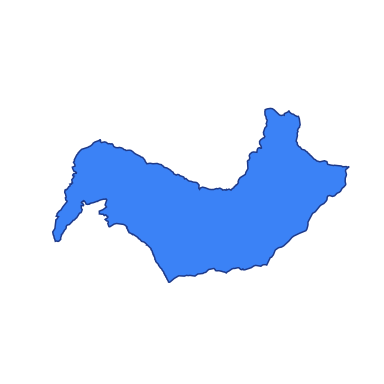 outline of Rucar, Arges, Romania, rotated 131°
{"feature_id": "2599482B65815623674969", "entity_name": "Rucar", "entity_type": "district", "adm_level": 2, "iso_a3": "ROU", "parent_name": "Romania", "parent_adm1": "Arges", "projection": "robinson", "projection_center": [25.127, 45.475], "detail": "fine", "context": "isolated", "style": "filled", "palette": "blue", "viewbox_px": 384, "rotation_deg": 131, "n_neighbors": 0, "source": "geoboundaries", "source_scale": "gbopen_adm2", "svg_char_len": 6025}
<svg xmlns="http://www.w3.org/2000/svg" viewBox="0 0 384 384"><g transform="rotate(131 192 192)"><path d="M313.9,260.0L312.7,261.1L310.2,262.1L309.7,262.7L308.4,262.3L307.0,262.8L305.7,262.8L305.1,263.2L302.5,263.1L301.5,263.5L300.5,264.4L299.4,264.5L298.7,264.4L297.0,263.2L292.3,263.0L291.5,263.2L290.2,262.4L288.1,262.4L287.2,262.1L281.8,263.0L280.6,262.3L279.8,262.3L277.3,263.3L276.9,264.8L274.9,266.7L273.6,265.0L273.2,265.1L272.7,265.5L272.5,266.4L272.6,268.5L271.9,268.7L270.0,268.2L270.4,267.7L269.9,267.4L269.7,267.7L269.4,267.3L269.9,265.3L270.6,264.0L269.8,262.6L268.7,261.7L268.2,261.7L268.1,261.3L267.2,261.3L264.7,259.4L261.4,257.6L261.0,257.0L260.5,257.1L257.9,255.8L255.4,254.0L254.3,252.7L253.8,252.5L253.6,252.1L253.9,251.1L258.8,249.1L259.4,246.7L263.7,247.6L267.3,249.4L269.3,247.5L268.9,247.2L268.4,246.1L267.1,244.5L267.0,243.9L267.4,243.1L267.3,242.7L265.8,242.1L266.1,240.3L265.7,239.6L266.3,238.9L267.1,238.9L269.7,239.6L269.8,237.5L269.2,236.5L269.4,235.7L269.8,235.2L271.0,234.9L272.6,232.0L272.2,231.2L267.2,229.7L265.2,228.2L261.5,222.6L261.0,221.1L261.0,218.2L261.1,217.9L261.9,217.9L262.3,216.8L262.4,215.9L263.3,214.9L263.1,214.2L264.0,212.9L263.4,211.3L263.1,208.8L262.6,208.9L261.9,203.9L261.8,202.7L262.3,202.0L261.9,200.3L262.3,197.7L261.3,195.6L261.1,193.8L261.3,191.5L261.7,191.4L261.3,191.0L261.6,185.8L262.4,185.1L262.3,184.7L262.8,183.0L263.3,182.7L263.8,181.5L264.5,180.7L264.4,180.3L264.8,180.0L264.7,179.5L265.2,179.0L265.7,177.6L266.9,175.9L267.3,175.7L267.5,174.6L268.3,173.6L268.7,169.7L269.2,169.2L270.0,165.9L269.9,164.5L270.5,163.3L271.0,160.7L271.7,160.0L271.7,159.2L272.5,158.3L272.4,157.0L273.2,156.3L273.4,154.8L274.0,154.0L274.7,151.7L275.4,150.6L275.0,149.9L274.2,149.5L268.9,148.7L263.9,147.0L260.5,142.6L258.3,141.3L257.7,140.1L256.3,138.9L253.5,134.6L250.1,133.8L246.3,130.3L245.3,130.1L243.6,128.9L239.6,128.6L235.7,125.6L235.3,125.2L235.4,123.4L235.9,122.8L235.4,121.8L233.7,120.0L232.5,117.8L231.6,115.7L231.1,115.1L230.6,113.0L229.1,113.0L227.5,112.3L223.9,111.4L222.5,110.6L221.7,109.6L219.3,107.9L218.4,106.9L218.5,104.5L217.9,103.3L216.7,103.1L216.9,102.1L216.1,101.1L210.2,97.6L207.2,96.8L205.6,95.8L202.8,91.3L200.9,90.9L199.8,90.2L198.5,88.7L198.1,87.7L190.1,89.9L189.0,89.2L186.0,89.4L181.5,91.0L180.7,91.0L177.2,90.1L174.8,88.3L172.5,87.5L165.4,86.7L160.8,86.8L158.5,86.3L152.9,83.9L146.5,80.7L144.8,80.9L142.2,82.1L140.6,83.0L138.7,84.7L129.1,87.0L126.0,86.0L118.6,86.3L116.9,86.0L114.2,84.9L111.0,84.8L109.3,85.1L107.1,86.6L105.9,86.8L104.3,85.8L103.2,83.1L101.3,81.9L97.7,81.7L95.7,80.7L94.0,80.4L90.7,81.1L88.5,80.7L86.1,80.7L85.2,81.1L83.7,83.2L81.0,85.4L78.3,86.4L77.3,87.1L75.5,89.9L74.5,90.5L73.8,90.7L72.8,90.3L69.7,90.0L71.6,91.3L71.5,92.1L74.3,95.1L74.2,95.9L74.7,96.8L78.4,102.1L79.0,102.4L80.7,105.0L82.1,107.8L80.6,110.1L81.5,112.5L85.3,115.3L86.7,118.3L86.7,120.2L87.1,121.5L86.6,125.6L86.8,127.1L86.4,127.8L86.6,129.5L86.2,131.3L86.5,132.6L86.4,134.5L87.8,137.2L87.1,139.9L87.5,140.4L87.6,141.6L87.2,142.5L87.2,143.5L85.8,144.8L85.3,146.8L80.3,149.4L78.5,151.3L76.8,151.7L76.2,152.9L73.9,153.5L72.6,153.3L71.6,154.1L70.4,154.4L66.3,159.1L65.1,161.3L66.3,162.6L66.3,163.6L66.7,164.4L66.7,166.4L67.3,167.3L67.7,168.7L67.7,170.7L67.2,171.9L67.5,172.2L68.7,172.1L72.2,173.7L73.5,172.8L73.6,173.3L75.8,174.9L76.5,176.5L76.1,183.9L76.4,186.0L77.5,187.7L80.0,189.8L81.7,190.7L81.8,190.4L82.1,190.5L83.2,190.0L85.9,187.5L86.6,185.6L88.1,183.9L88.4,182.4L90.8,181.1L91.6,181.0L92.4,179.7L93.3,178.9L95.8,179.0L100.2,177.2L100.7,176.3L101.3,176.1L102.4,173.4L103.8,173.1L104.4,173.7L107.6,174.4L109.5,174.2L111.3,172.5L111.6,171.1L112.6,169.1L113.4,168.4L114.0,168.9L114.1,169.9L114.5,170.4L115.9,170.9L117.3,170.5L119.5,169.1L121.5,171.9L122.8,172.8L125.5,173.2L127.1,172.6L128.4,170.7L129.4,170.3L130.5,170.0L131.5,170.5L132.3,170.4L132.8,170.0L133.0,169.4L133.4,169.3L137.7,165.1L141.6,164.3L143.8,163.3L149.6,165.1L152.2,164.8L154.1,163.9L154.6,163.1L156.2,162.9L156.9,162.9L157.5,163.4L158.2,163.1L160.2,163.6L161.2,163.2L163.0,163.8L165.0,163.8L165.5,165.9L167.9,167.3L168.1,167.5L167.8,167.8L168.5,167.9L168.8,168.7L170.5,170.3L170.2,170.9L170.8,173.5L172.7,174.7L173.3,175.8L175.9,177.3L177.6,179.2L178.7,180.8L180.0,184.5L181.4,187.2L183.6,188.4L185.0,188.0L184.7,189.4L182.1,191.2L181.7,193.9L182.0,195.1L183.8,197.7L184.5,199.7L185.6,201.2L185.9,202.7L185.8,205.4L187.0,206.3L186.2,207.7L186.2,208.4L187.7,212.1L187.5,212.6L187.6,213.4L188.4,214.6L189.5,214.9L189.8,215.9L190.2,217.8L189.5,219.1L189.8,221.5L189.6,222.5L190.3,226.7L191.7,229.2L191.3,230.4L191.6,231.7L191.4,233.0L192.5,234.8L193.3,237.0L196.3,240.0L197.8,242.5L200.3,244.6L199.5,247.6L198.9,248.4L198.3,251.9L199.0,253.4L199.0,254.6L200.3,259.4L200.5,261.1L200.4,263.2L200.7,265.4L201.6,266.8L204.0,269.1L204.0,270.2L204.7,271.4L204.5,272.7L205.1,274.5L206.1,276.2L207.1,276.8L208.5,278.7L209.0,280.9L208.1,282.9L208.1,284.1L209.0,284.6L209.4,285.7L210.7,287.1L210.8,289.3L211.5,290.8L214.1,292.8L214.1,294.2L213.1,294.8L212.8,295.5L213.3,295.9L214.1,295.9L218.0,298.1L219.9,298.6L221.5,298.4L224.1,298.8L225.0,299.4L226.4,299.8L232.2,303.3L235.7,303.6L236.5,303.3L237.2,303.6L238.2,303.2L239.6,303.3L245.0,301.9L245.7,301.0L247.3,301.0L248.1,298.5L249.2,297.3L251.8,298.6L252.7,297.3L253.8,294.6L253.3,293.9L253.1,292.7L253.2,291.9L253.8,291.6L254.3,292.3L255.7,292.9L255.8,293.2L257.4,293.2L257.7,293.0L257.7,292.4L257.4,291.5L258.1,291.7L258.6,290.9L261.6,290.8L263.3,288.7L263.6,288.7L263.6,288.2L264.8,288.6L264.8,288.2L265.2,288.1L266.2,289.2L266.4,288.6L267.9,288.0L268.9,288.5L271.6,288.0L272.7,288.7L273.4,288.9L273.4,288.7L274.0,289.1L274.6,288.4L275.4,288.2L276.1,287.4L276.3,286.5L278.4,283.6L279.6,283.7L279.7,283.1L280.8,282.2L280.8,280.3L281.3,280.0L288.0,279.7L291.6,279.1L293.6,279.7L296.9,279.6L297.8,278.9L299.3,278.6L298.2,276.6L301.5,276.2L302.2,276.5L309.5,271.5L313.5,270.9L315.4,268.6L315.7,267.6L317.3,265.6L317.6,264.7L318.9,262.8L318.1,262.4L317.2,260.7L316.3,260.2L313.9,260.0Z" fill="#3b82f6" stroke="#1e3a8a" stroke-width="1.5"/></g></svg>